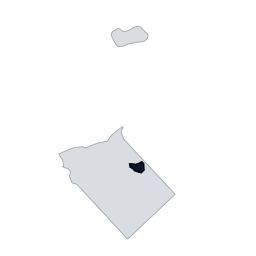 Nkue, Kié-Ntem, Equatorial Guinea shown in context, rotated 47°
{"feature_id": "11065452B3926826010895", "entity_name": "Nkue", "entity_type": "district", "adm_level": 2, "iso_a3": "GNQ", "parent_name": "Equatorial Guinea", "parent_adm1": "Kié-Ntem", "projection": "orthographic", "projection_center": [10.46, 2.021], "detail": "fine", "context": "in_parent", "style": "filled", "palette": "ink", "viewbox_px": 256, "rotation_deg": 47, "n_neighbors": 0, "source": "geoboundaries", "source_scale": "gbopen_adm2", "svg_char_len": 2377}
<svg xmlns="http://www.w3.org/2000/svg" viewBox="0 0 256 256"><g transform="rotate(47 128 128)"><path d="M208.6,138.7L208.7,151.7L208.8,162.6L208.8,174.5L208.9,186.8L209.0,197.3L209.0,204.1L197.6,204.0L182.4,204.0L167.2,203.9L152.0,203.9L144.3,203.8L135.9,203.8L133.2,204.2L131.4,205.9L129.1,206.3L126.5,204.8L123.4,204.1L122.5,202.6L121.0,199.9L117.8,199.6L116.3,199.9L114.0,201.4L111.5,202.2L111.9,201.0L106.9,197.6L103.3,197.3L100.0,196.2L102.7,187.5L106.1,179.7L111.1,173.8L113.8,172.4L114.7,169.5L118.6,159.9L123.6,152.2L122.0,144.3L123.2,131.1L124.6,131.5L124.9,132.7L125.2,134.6L127.1,136.2L133.2,138.7L151.5,138.7L162.4,138.7L178.6,138.7L195.7,138.7L208.6,138.7ZM63.8,49.7L65.2,49.9L73.6,49.7L75.8,52.7L75.6,57.0L67.0,69.7L65.3,75.1L62.0,79.6L59.1,80.0L49.2,77.3L47.6,75.7L47.0,73.5L48.0,68.5L48.7,66.9L53.4,66.0L55.0,65.1L57.5,59.7L58.4,54.7L60.5,51.0L63.8,49.7Z" fill="#d9dde1" stroke="#a8b0b8" stroke-width="1"/><path d="M169.7,148.9L169.7,147.1L169.7,146.9L169.7,145.0L167.5,143.2L164.8,140.9L162.3,140.9L162.2,140.9L162.2,141.4L162.1,141.8L161.7,142.1L161.6,144.0L161.4,144.1L161.2,144.2L161.1,144.3L161.1,144.6L161.1,144.8L161.1,145.0L160.8,145.2L160.8,145.3L160.8,145.5L160.9,145.8L160.8,146.1L160.6,146.2L160.4,146.2L160.4,146.3L160.4,146.5L160.4,146.8L160.4,147.0L160.2,147.1L159.9,147.3L159.8,147.5L159.7,147.5L159.4,147.6L159.2,147.8L158.9,147.9L158.9,148.0L158.7,148.1L158.4,148.3L158.2,148.5L157.9,148.8L157.7,149.0L157.3,149.2L157.3,149.3L157.2,149.4L157.1,149.5L156.8,149.8L156.7,149.9L156.5,150.1L156.3,150.2L155.9,150.7L155.7,150.8L155.5,151.0L155.3,151.2L155.9,151.5L156.0,151.5L156.3,151.6L156.4,151.8L156.4,152.0L156.5,152.1L156.9,152.3L157.2,152.4L157.3,152.5L157.5,152.6L157.6,152.8L157.8,153.0L157.9,152.9L158.1,152.9L158.3,152.9L158.5,152.6L158.8,152.5L159.0,152.5L159.3,152.6L159.5,152.5L159.5,152.4L159.9,152.4L160.0,152.4L160.1,152.5L160.3,152.5L160.4,152.4L160.5,152.4L160.9,152.2L161.0,152.1L161.3,152.1L161.5,152.2L161.8,152.1L162.3,151.9L162.5,152.0L162.8,152.1L162.8,151.9L163.0,151.9L163.1,152.0L163.2,152.3L163.3,152.4L163.5,152.3L164.5,152.0L164.8,151.6L165.0,151.4L165.1,151.5L165.6,151.4L166.0,151.2L166.3,150.9L166.5,150.8L166.7,150.4L167.1,150.2L167.7,150.3L168.0,150.1L168.2,149.9L168.2,149.6L168.4,149.3L168.8,149.1L169.0,149.2L169.4,149.1L169.6,148.9L169.7,148.9Z" fill="#0f172a" stroke="#020617" stroke-width="1.5"/></g></svg>